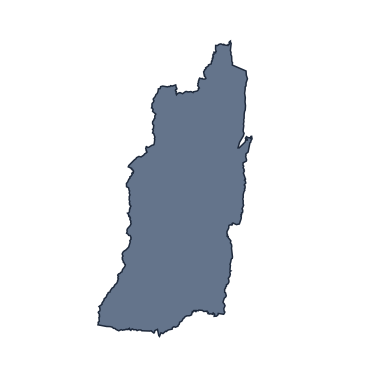 outline of Ambato, Catamarca, Argentina, rotated 18°
{"feature_id": "61730980B94999737100466", "entity_name": "Ambato", "entity_type": "district", "adm_level": 2, "iso_a3": "ARG", "parent_name": "Argentina", "parent_adm1": "Catamarca", "projection": "orthographic", "projection_center": [-65.964, -27.984], "detail": "fine", "context": "isolated", "style": "filled", "palette": "slate", "viewbox_px": 384, "rotation_deg": 18, "n_neighbors": 0, "source": "geoboundaries", "source_scale": "gbopen_adm2", "svg_char_len": 6058}
<svg xmlns="http://www.w3.org/2000/svg" viewBox="0 0 384 384"><g transform="rotate(18 192 192)"><path d="M143.6,347.4L152.3,346.3L155.8,345.3L158.0,345.2L159.4,345.9L161.2,345.6L162.1,346.2L165.3,346.6L167.1,344.8L168.8,344.9L169.9,344.0L170.6,344.0L171.8,342.8L172.8,343.0L173.8,341.8L174.3,342.1L174.6,341.1L175.8,342.3L176.6,342.5L176.9,341.3L177.9,340.6L178.9,341.1L181.4,340.2L182.6,340.8L184.0,339.6L186.1,339.0L187.0,339.5L195.1,337.2L195.9,336.6L199.2,337.9L199.7,337.5L199.5,335.3L201.6,333.3L204.8,338.8L205.7,339.4L206.0,335.5L208.1,335.6L209.9,332.6L210.9,332.5L211.3,331.4L212.4,330.3L215.5,328.6L215.3,327.0L216.5,325.6L217.9,325.8L220.1,324.0L220.0,323.2L220.7,321.6L220.5,319.7L222.2,318.0L222.8,315.0L223.3,314.6L223.8,313.0L225.3,311.4L228.0,310.4L229.5,309.0L229.3,305.8L229.9,306.0L230.3,304.2L231.5,303.8L231.7,304.5L232.5,304.6L232.8,304.5L232.8,303.4L234.7,303.0L235.0,302.2L238.5,301.4L240.1,302.0L243.1,300.7L243.4,301.4L244.7,301.5L244.7,302.7L246.2,302.7L247.5,302.0L249.6,301.9L249.3,300.9L249.5,300.5L251.3,301.2L251.5,303.4L253.7,302.5L254.7,300.7L254.5,299.4L259.9,298.5L260.4,296.6L260.3,295.9L259.6,295.7L258.3,293.2L258.6,290.0L257.2,288.4L255.7,287.5L255.5,286.6L255.5,283.1L256.6,281.1L256.6,280.0L255.0,277.5L254.1,277.4L253.1,274.5L253.6,273.0L253.3,272.0L253.9,270.9L253.4,269.7L254.5,268.3L254.9,266.7L254.7,265.3L253.2,262.8L254.0,260.5L253.8,258.2L252.8,256.8L252.8,255.8L253.4,255.0L252.6,254.9L252.1,254.1L251.2,249.8L250.5,249.2L250.5,246.5L250.1,244.1L250.3,243.1L250.8,242.7L250.6,241.3L246.9,233.2L246.6,231.3L245.7,229.6L244.3,228.6L244.0,226.4L240.3,224.0L240.2,223.0L239.0,223.1L238.8,221.3L238.2,221.0L237.5,218.8L238.1,214.8L237.5,213.1L237.6,212.2L238.8,211.3L240.2,211.1L240.4,210.2L239.9,209.5L240.6,208.8L244.3,209.3L246.9,207.8L247.0,202.2L246.6,200.4L246.0,200.0L246.2,199.0L245.6,198.4L246.1,197.9L245.6,196.5L246.4,196.0L246.2,194.6L245.7,193.3L244.8,192.6L245.2,188.7L244.2,187.2L243.4,184.4L242.4,183.0L242.4,181.3L241.5,178.7L241.3,175.7L241.7,174.0L240.9,172.8L241.3,171.9L240.6,169.8L239.6,169.3L239.5,168.7L240.4,167.0L240.2,166.4L238.7,164.4L238.8,163.9L238.4,164.1L238.6,162.9L235.0,158.1L235.3,155.8L234.6,155.3L234.6,154.4L233.1,153.2L233.2,151.4L232.2,150.8L231.6,148.4L234.1,145.8L234.0,144.6L232.1,141.8L232.0,140.2L231.6,139.7L231.6,138.9L233.0,136.7L231.9,127.3L232.5,126.4L232.2,125.1L232.7,122.9L231.5,120.6L230.8,121.0L231.0,122.8L230.1,122.5L228.4,123.0L226.7,122.5L226.2,124.3L228.3,124.9L228.6,125.5L228.3,125.8L226.9,125.3L227.1,128.0L223.2,135.5L222.1,135.8L221.9,130.0L223.5,122.8L223.4,120.1L222.1,118.8L221.5,117.2L220.8,113.0L219.9,111.5L219.6,108.9L218.8,107.3L218.8,105.8L217.6,102.0L217.1,99.2L217.3,97.6L216.2,93.3L214.6,90.0L213.6,85.9L211.5,81.8L210.9,78.2L210.1,75.6L210.6,74.4L209.7,71.5L209.8,67.2L207.6,64.2L206.0,60.2L191.1,58.8L190.5,56.3L189.6,55.7L187.7,50.5L186.4,49.2L186.0,47.2L184.8,45.7L183.3,38.5L182.2,37.5L181.9,36.6L181.2,37.5L181.1,38.6L181.8,39.5L181.6,40.4L180.7,40.7L180.9,41.5L177.8,42.1L176.6,41.7L176.3,42.4L173.7,42.2L172.1,43.2L171.0,44.8L169.2,45.3L170.3,49.0L171.6,51.0L170.9,51.6L171.2,52.3L169.7,52.3L170.3,54.2L169.5,54.6L169.6,55.5L170.5,56.8L170.1,57.2L170.6,58.1L170.0,58.6L170.6,60.0L170.3,60.8L170.6,61.5L170.2,61.8L170.7,64.2L168.4,66.0L168.7,67.0L166.6,69.6L167.2,70.3L166.2,72.0L166.4,72.7L165.9,74.1L167.3,76.7L167.9,76.9L167.7,77.5L168.1,78.1L169.4,78.7L170.1,79.8L169.3,80.6L167.6,81.2L166.6,80.8L165.7,81.4L164.1,81.3L163.8,82.7L164.1,83.5L163.8,84.6L164.4,85.7L164.0,86.9L164.6,87.6L164.5,89.0L166.8,90.8L166.1,91.7L166.5,92.4L166.2,93.6L165.5,94.5L162.5,96.2L162.3,97.1L159.9,96.8L158.0,97.8L156.6,98.2L156.0,98.0L154.8,98.5L152.7,101.4L149.8,101.2L148.0,102.5L147.2,104.3L146.3,103.0L146.0,101.2L145.2,101.1L144.9,100.6L144.8,99.6L145.7,99.0L145.6,98.1L144.6,97.4L143.4,95.2L140.4,97.4L138.8,97.5L138.4,98.6L137.3,98.8L136.3,99.6L131.4,100.3L129.6,101.5L129.7,103.5L128.1,104.3L128.6,106.7L128.5,109.0L127.6,110.5L127.5,112.6L126.4,115.4L126.7,116.3L127.6,117.0L127.5,118.6L126.7,120.1L127.0,121.8L127.5,122.5L127.5,124.5L128.3,124.5L128.7,125.1L129.5,125.3L129.6,127.5L133.5,129.1L133.1,131.2L133.9,133.4L133.4,134.2L133.4,135.9L132.8,137.0L133.2,138.8L134.0,139.9L135.0,140.3L135.7,143.7L135.1,144.6L136.3,145.7L136.2,148.0L137.5,148.3L139.8,151.3L139.7,152.9L140.3,153.4L141.1,157.6L141.0,158.9L139.3,160.1L137.1,162.8L135.9,163.4L134.9,162.8L134.5,163.0L134.6,165.2L135.8,166.4L135.6,166.9L136.9,167.9L136.1,169.4L135.3,170.2L134.6,172.0L132.7,174.4L130.5,174.6L128.6,176.5L128.5,177.5L127.2,179.4L123.7,186.3L123.6,187.8L126.4,188.1L127.1,188.7L127.4,188.3L128.5,189.5L129.1,189.4L130.0,190.2L130.2,192.0L129.4,191.8L129.0,192.9L129.7,193.9L129.0,196.0L128.2,196.8L128.7,197.9L128.0,199.3L127.7,202.5L127.0,204.1L128.1,207.2L130.4,207.6L131.7,209.9L132.3,210.2L132.6,212.4L133.9,213.9L133.7,216.1L134.2,216.8L134.6,218.8L135.7,220.1L135.8,221.9L136.6,222.6L136.5,223.3L138.3,224.3L137.9,226.4L138.3,227.0L137.9,227.5L138.6,230.3L138.3,231.3L137.2,232.1L138.6,233.0L139.3,234.6L140.0,235.0L140.2,234.5L141.5,235.8L141.2,236.5L141.4,237.3L142.9,238.6L143.0,239.7L143.9,241.1L143.6,243.1L142.0,246.7L141.9,248.3L142.6,249.8L142.5,251.4L143.9,251.7L145.2,252.8L146.6,252.5L148.1,254.1L148.0,254.7L148.6,255.5L147.9,257.7L148.7,258.5L148.8,264.0L147.2,267.3L145.2,269.8L144.7,272.0L145.0,273.0L146.2,274.2L145.9,275.6L146.0,276.4L146.6,276.9L146.5,277.5L148.0,279.0L148.4,280.0L148.9,279.9L150.2,281.4L151.0,281.6L151.2,282.5L151.0,284.2L149.9,287.1L150.0,289.7L149.0,290.6L148.7,291.7L147.5,292.6L147.0,294.0L147.5,294.7L148.1,294.8L148.0,296.5L148.8,297.2L148.5,297.6L148.8,298.2L148.6,299.2L148.9,299.5L148.6,302.1L147.3,304.2L146.9,306.8L145.7,308.1L144.8,311.2L145.0,312.3L143.4,313.6L143.4,315.0L142.9,315.9L142.9,318.3L141.4,320.9L141.7,322.2L140.7,325.6L141.1,326.7L138.9,329.7L139.8,330.2L140.8,332.0L141.1,333.5L140.1,334.9L140.1,335.6L141.7,336.9L142.0,338.1L142.4,338.4L142.6,339.5L142.2,339.9L143.8,343.7L143.0,344.9L143.5,346.0L143.6,347.4Z" fill="#64748b" stroke="#1e293b" stroke-width="1.5"/></g></svg>